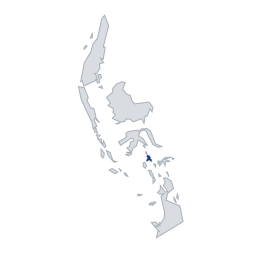 location of Kepulauan Sula, Maluku Utara, Indonesia, rotated 59°
{"feature_id": "22746128B81791072961966", "entity_name": "Kepulauan Sula", "entity_type": "district", "adm_level": 2, "iso_a3": "IDN", "parent_name": "Indonesia", "parent_adm1": "Maluku Utara", "projection": "mercator", "projection_center": [125.8, -2.114], "detail": "fine", "context": "in_parent", "style": "filled", "palette": "blue", "viewbox_px": 256, "rotation_deg": 59, "n_neighbors": 0, "source": "geoboundaries", "source_scale": "gbopen_adm2", "svg_char_len": 5387}
<svg xmlns="http://www.w3.org/2000/svg" viewBox="0 0 256 256"><g transform="rotate(59 128 128)"><path d="M87.7,107.0L91.9,112.5L98.1,111.8L101.3,109.2L106.7,110.7L110.9,109.7L116.5,96.7L123.2,96.0L126.5,99.1L123.0,99.4L127.8,105.6L126.5,107.0L132.2,111.9L127.1,111.4L125.4,120.3L121.5,121.6L119.3,125.1L120.7,127.5L119.2,131.5L111.8,136.4L110.1,132.0L107.1,133.0L103.9,130.6L98.3,133.5L97.6,130.3L90.7,130.7L89.4,122.7L86.0,120.5L84.5,114.9L85.1,109.5L87.7,107.0ZM19.3,90.1L30.4,91.9L44.5,106.2L46.2,107.4L47.0,105.9L56.4,113.9L54.1,115.6L59.5,115.2L58.3,119.3L62.7,121.5L65.0,126.6L64.1,128.9L67.6,127.9L70.7,131.4L69.3,144.3L64.0,142.9L63.9,144.7L49.5,131.7L43.5,120.5L38.0,114.9L35.3,107.8L21.0,94.4L19.3,90.1ZM236.6,129.0L236.7,160.1L232.0,155.7L232.6,154.4L226.8,155.9L227.7,152.8L226.1,151.2L226.6,150.9L227.6,151.0L228.1,150.9L225.4,149.6L226.6,149.3L224.1,143.6L219.1,140.1L203.4,134.8L202.8,131.1L200.7,135.2L198.4,135.9L197.6,132.3L193.9,129.9L202.1,129.1L203.1,126.6L195.5,127.3L193.7,124.0L189.3,123.4L190.5,120.7L195.9,118.3L203.4,120.2L204.4,127.6L209.5,132.6L221.6,123.7L236.6,129.0ZM160.2,111.9L154.8,115.2L139.8,114.1L137.9,115.3L137.3,119.3L140.2,123.1L144.5,120.6L153.3,120.3L143.5,125.5L147.9,130.4L147.7,133.8L150.7,137.5L144.6,139.3L144.7,136.1L141.3,133.3L142.0,129.7L140.1,129.3L138.3,130.6L139.1,143.2L134.9,143.3L135.2,135.8L134.5,133.3L131.6,132.8L131.2,129.5L134.7,120.9L136.3,120.7L135.7,117.0L138.3,112.0L142.2,110.3L155.7,112.6L161.3,108.6L160.2,111.9ZM70.9,144.8L81.6,146.5L83.2,148.9L91.5,149.7L93.5,147.2L101.6,149.6L103.8,153.1L110.5,153.7L110.4,156.7L111.3,158.4L105.0,156.1L79.6,153.4L67.0,149.2L70.9,144.8ZM173.7,112.6L178.3,109.1L176.3,113.1L179.3,115.6L174.5,115.2L177.0,120.9L173.6,117.8L172.3,111.2L175.2,106.2L173.7,112.6ZM176.0,130.2L187.2,131.5L188.3,135.0L183.8,132.4L177.5,133.0L175.6,131.6L174.6,133.2L176.0,130.2ZM150.2,157.7L141.9,159.2L136.1,158.1L139.9,155.9L148.1,157.8L150.9,155.2L150.2,157.7ZM126.4,155.5L131.9,156.2L132.9,157.9L121.8,159.6L123.5,156.5L127.4,158.2L128.6,157.6L126.4,155.5ZM160.4,159.3L160.6,162.7L154.3,165.9L154.6,162.5L160.4,159.3ZM70.7,124.5L72.2,128.3L74.4,128.8L73.7,131.2L70.5,130.0L69.5,127.0L66.4,126.3L67.9,124.1L70.7,124.5ZM225.1,156.1L220.9,156.6L222.9,152.7L226.2,151.8L227.2,153.3L225.1,156.1ZM137.1,161.3L139.7,163.0L140.8,164.9L138.2,165.5L132.1,162.0L137.1,161.3ZM169.6,131.3L171.4,133.9L168.8,134.8L165.8,132.9L165.9,131.4L169.6,131.3ZM110.7,155.5L116.6,156.7L114.0,158.8L110.7,155.5ZM119.9,155.7L120.8,159.0L117.3,158.5L119.9,155.7ZM81.0,129.4L78.2,131.9L78.4,128.8L81.0,129.4ZM206.2,142.4L206.9,146.6L205.6,146.8L204.5,143.8L206.2,142.4ZM108.9,149.8L104.4,151.0L102.5,150.3L108.9,149.8ZM152.1,138.3L152.2,142.0L149.6,143.6L150.6,138.6L152.1,138.3ZM28.1,109.8L32.2,112.0L31.7,113.9L28.1,109.8ZM38.0,125.1L36.4,124.3L35.7,121.2L36.9,121.1L38.0,125.1ZM190.8,154.7L189.9,153.2L192.3,150.5L192.2,152.9L190.8,154.7ZM186.2,117.0L190.9,118.0L185.6,117.6L186.2,117.0ZM158.0,124.5L162.3,125.5L157.6,125.4L158.0,124.5ZM150.1,140.1L147.9,141.9L149.9,138.6L150.1,140.1ZM210.1,119.7L212.5,120.1L214.8,121.8L212.6,122.2L210.1,119.7ZM169.3,153.1L167.8,154.5L164.6,154.7L165.4,153.1L169.3,153.1ZM206.1,147.3L205.1,149.2L204.0,149.2L204.1,146.1L206.1,147.3ZM175.7,124.5L172.9,124.8L172.1,124.2L173.3,122.9L175.7,124.5ZM210.5,124.2L214.0,124.5L217.3,125.2L214.1,125.6L210.5,124.2ZM150.8,122.2L153.7,123.5L150.7,124.2L150.8,122.2ZM178.0,106.0L176.1,105.7L177.9,104.3L178.0,106.0ZM157.8,156.7L161.0,155.6L161.4,156.3L157.8,156.7ZM186.2,124.6L185.7,126.3L183.3,125.5L184.5,125.0L186.2,124.6ZM119.5,134.5L118.3,135.7L119.3,132.1L119.5,134.5ZM173.0,118.1L174.4,120.5L173.9,120.8L171.7,119.0L173.0,118.1Z" fill="#d9dde1" stroke="#a8b0b8" stroke-width="1"/><path d="M162.7,125.0L162.4,125.2L162.4,125.3L162.3,125.5L162.5,125.6L162.5,125.4L162.5,125.5L162.6,125.4L162.6,125.5L162.6,125.4L162.6,125.5L162.8,125.5L162.9,125.8L163.1,125.8L163.3,125.9L163.5,125.8L163.8,125.8L164.0,125.8L164.3,125.8L164.4,125.7L164.4,125.8L164.5,125.8L164.5,125.7L164.8,125.6L165.1,125.8L165.3,125.7L165.5,125.7L165.8,125.6L166.0,125.5L166.3,125.6L166.5,125.5L166.8,125.4L167.0,125.4L167.2,125.2L167.0,125.3L167.0,125.2L167.0,125.3L166.9,125.3L166.8,125.2L166.7,125.3L166.7,125.2L166.6,125.3L166.5,125.2L166.4,125.2L166.2,125.2L165.9,125.2L165.3,125.1L165.1,125.1L164.9,125.2L164.7,125.2L164.4,125.2L164.5,125.2L164.4,125.2L164.2,125.2L164.2,125.3L164.2,125.2L164.1,125.3L163.8,125.3L163.7,125.2L163.7,125.3L163.6,125.2L163.4,125.2L163.2,125.2L163.2,125.3L163.2,125.2L163.2,125.3L163.1,125.2L163.1,125.3L163.1,125.2L162.9,125.1L162.7,125.2L162.7,125.0ZM165.1,126.0L164.9,126.2L164.8,126.4L164.8,126.6L165.0,126.8L164.9,127.0L165.0,127.2L165.1,127.3L165.2,127.5L165.3,127.6L165.3,127.8L165.3,128.0L165.5,128.2L165.6,128.3L165.8,128.4L165.9,128.2L165.7,127.9L165.6,127.6L165.5,127.4L165.4,127.2L165.3,126.9L165.3,126.7L165.4,126.4L165.5,126.4L165.5,126.2L165.4,126.2L165.2,126.0L165.3,126.0L165.2,126.0L165.1,126.0ZM167.7,125.2L167.4,125.2L167.3,125.3L167.2,125.3L167.3,125.3L167.5,125.3L167.8,125.3L167.7,125.3L167.8,125.2L167.7,125.2L167.7,125.2ZM163.3,125.0L163.2,125.0L163.3,125.0L163.3,125.0ZM164.1,125.0L164.1,124.9L164.0,125.0L164.1,125.0ZM162.8,125.6L162.7,125.6L162.8,125.6L162.8,125.6ZM162.8,125.0L162.7,125.0L162.8,125.0L162.8,125.0ZM162.7,125.1L162.8,125.2L162.7,125.1Z" fill="#3b82f6" stroke="#1e3a8a" stroke-width="1.5"/></g></svg>